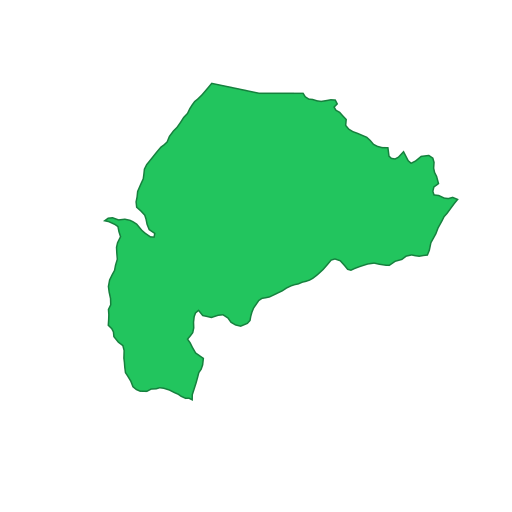 Assis, São Paulo, Brazil (Natural Earth projection), rotated 209°
{"feature_id": "56859067B72357752208353", "entity_name": "Assis", "entity_type": "district", "adm_level": 2, "iso_a3": "BRA", "parent_name": "Brazil", "parent_adm1": "São Paulo", "projection": "natural_earth1", "projection_center": [-50.43, -22.579], "detail": "fine", "context": "isolated", "style": "filled", "palette": "green", "viewbox_px": 512, "rotation_deg": 209, "n_neighbors": 0, "source": "geoboundaries", "source_scale": "gbopen_adm2", "svg_char_len": 2911}
<svg xmlns="http://www.w3.org/2000/svg" viewBox="0 0 512 512"><g transform="rotate(209 256 256)"><path d="M351.6,123.8L346.9,122.5L343.9,120.5L341.2,116.6L334.6,113.9L329.0,113.1L325.5,109.4L322.0,102.6L319.6,99.3L316.9,95.2L313.6,90.7L310.5,89.1L304.9,85.9L300.2,82.0L295.9,81.2L291.8,81.6L285.9,84.7L283.2,88.8L278.9,91.5L276.4,94.1L272.6,95.6L266.8,96.8L261.1,97.0L256.9,97.4L253.5,97.0L248.6,97.4L245.8,99.1L242.1,99.3L244.5,103.8L246.0,111.4L246.9,115.9L248.3,121.7L249.5,126.3L249.1,130.4L249.9,134.9L252.4,140.9L256.3,141.3L261.8,141.9L267.3,145.2L271.5,148.1L275.6,150.1L274.7,154.5L274.2,158.3L275.6,162.9L278.6,167.9L280.7,173.0L281.3,176.9L279.9,180.6L273.7,178.1L270.2,179.2L265.2,180.6L260.4,185.8L256.4,188.6L250.5,188.2L245.7,185.9L240.5,185.8L235.4,187.2L230.9,192.9L230.0,196.7L231.4,200.8L232.4,205.1L232.9,209.4L232.4,214.3L232.0,218.5L230.2,221.9L227.3,224.2L224.4,226.7L219.5,233.6L216.2,238.2L213.8,242.8L210.9,246.9L208.3,249.7L205.5,252.1L202.7,255.7L200.2,257.9L197.5,260.9L195.5,264.1L193.2,269.5L190.8,276.7L189.5,282.7L188.3,288.9L185.5,291.7L180.0,292.7L173.9,290.6L169.4,288.8L166.1,289.6L163.7,292.9L160.4,296.8L158.1,299.3L154.4,303.2L149.2,307.1L144.1,308.6L137.7,311.0L134.9,312.5L131.7,318.9L126.8,323.7L124.6,328.7L120.4,332.4L117.1,333.4L113.2,334.9L109.6,337.8L106.6,339.9L107.2,345.0L109.5,352.4L109.5,358.4L109.5,362.6L110.4,368.8L110.4,376.9L110.6,381.6L109.6,385.9L108.7,393.1L108.0,398.3L107.1,403.2L112.4,402.6L115.6,399.5L119.4,397.9L125.5,397.5L129.9,395.7L132.7,398.3L133.9,402.6L131.5,407.8L136.6,413.1L140.3,415.6L143.2,418.9L145.7,424.2L148.8,427.3L153.6,427.7L159.8,423.2L162.5,416.4L165.3,412.3L169.1,413.1L177.5,418.7L179.3,411.5L181.4,408.3L184.9,407.0L188.1,407.8L190.3,410.8L193.1,414.6L198.3,411.9L203.1,410.7L207.4,410.6L211.9,412.3L216.7,413.5L220.5,413.1L226.5,412.5L231.6,411.7L236.4,411.9L240.9,413.7L243.3,419.1L248.3,420.7L252.5,422.2L256.7,422.2L259.9,424.1L258.7,428.4L262.3,430.8L266.3,428.9L269.2,426.5L273.9,422.8L277.8,421.3L282.5,420.3L285.8,418.8L290.1,419.1L293.7,421.1L332.2,399.8L378.4,385.5L380.3,375.7L381.4,370.5L383.1,364.8L384.5,361.4L385.0,357.6L385.3,352.9L385.0,347.5L386.4,342.1L386.8,335.8L387.4,330.2L388.8,325.3L389.7,318.7L389.0,312.7L390.3,308.6L391.9,305.2L393.2,298.7L394.4,291.5L395.9,282.9L395.7,277.9L393.8,273.4L392.0,268.8L391.6,263.3L390.8,255.1L388.6,249.9L387.1,245.2L384.0,240.8L378.6,239.6L373.1,237.8L370.0,234.9L366.7,231.0L362.2,227.3L355.5,226.7L354.3,223.1L357.7,221.5L364.3,222.2L368.4,223.1L375.8,226.0L380.3,226.3L383.5,226.1L388.5,224.6L393.7,220.9L400.0,219.9L403.6,217.4L405.4,213.5L401.4,214.7L394.5,215.2L391.0,214.8L387.7,210.9L383.8,207.2L383.5,200.5L382.2,196.0L379.3,191.3L375.7,185.9L374.4,179.9L372.7,174.8L372.7,170.1L372.4,164.1L370.3,157.8L366.9,153.2L362.6,148.3L359.4,142.9L359.1,137.7L356.3,133.4L354.0,128.9L351.6,123.8Z" fill="#22c55e" stroke="#15803d" stroke-width="1.5"/></g></svg>